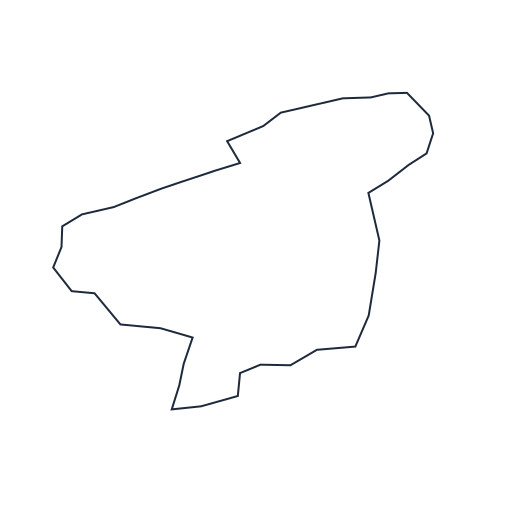 Vyzakia, Nicosia, Cyprus, rotated 257°
{"feature_id": "46923920B13954431934634", "entity_name": "Vyzakia", "entity_type": "district", "adm_level": 2, "iso_a3": "CYP", "parent_name": "Cyprus", "parent_adm1": "Nicosia", "projection": "albers", "projection_center": [33.022, 35.072], "detail": "fine", "context": "isolated", "style": "outline", "palette": "slate", "viewbox_px": 512, "rotation_deg": 257, "n_neighbors": 0, "source": "geoboundaries", "source_scale": "gbopen_adm2", "svg_char_len": 687}
<svg xmlns="http://www.w3.org/2000/svg" viewBox="0 0 512 512"><g transform="rotate(257 256 256)"><path d="M290.4,55.8L263.2,68.5L256.0,90.3L219.8,108.5L207.1,146.7L190.8,175.9L167.2,161.3L147.3,152.2L125.5,139.4L121.9,168.6L123.7,206.8L145.5,214.1L149.1,235.9L141.8,265.0L150.9,294.2L145.4,332.4L172.6,352.4L212.5,368.8L243.3,379.7L268.7,379.7L292.2,379.7L299.5,401.6L310.4,425.2L317.6,445.3L335.7,456.2L353.8,456.2L381.0,439.8L384.7,421.6L384.7,403.4L390.1,376.1L390.1,345.1L390.1,312.4L381.0,292.3L374.4,253.7L350.2,261.4L348.4,235.9L344.8,197.7L343.0,179.5L339.3,152.2L335.7,128.5L335.7,95.8L328.5,73.9L308.5,68.5L290.4,55.8Z" fill="none" stroke="#1e293b" stroke-width="2"/></g></svg>